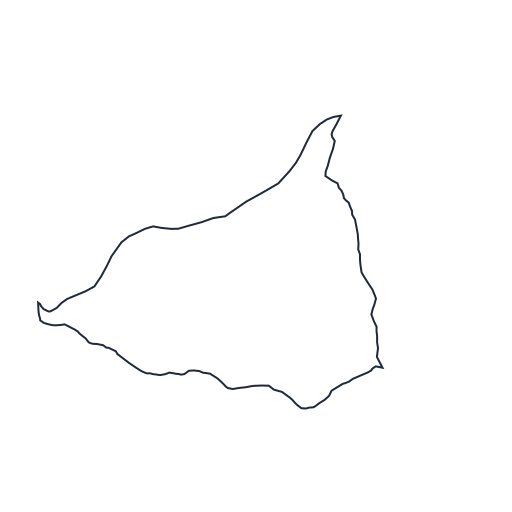 the district of Barzhong, Chirang, Bhutan, rotated 30°
{"feature_id": "84629894B8862847881254", "entity_name": "Barzhong", "entity_type": "district", "adm_level": 2, "iso_a3": "BTN", "parent_name": "Bhutan", "parent_adm1": "Chirang", "projection": "mercator", "projection_center": [90.069, 26.941], "detail": "fine", "context": "isolated", "style": "outline", "palette": "slate", "viewbox_px": 512, "rotation_deg": 30, "n_neighbors": 0, "source": "geoboundaries", "source_scale": "gbopen_adm2", "svg_char_len": 2376}
<svg xmlns="http://www.w3.org/2000/svg" viewBox="0 0 512 512"><g transform="rotate(30 256 256)"><path d="M266.7,117.0L262.6,114.9L260.7,113.0L259.9,109.8L259.8,101.8L259.3,92.0L253.4,97.0L249.0,102.5L246.4,107.8L245.4,109.7L242.4,119.7L242.8,128.7L242.9,131.9L244.0,146.0L244.0,155.2L242.6,165.7L239.0,182.1L229.6,198.4L220.3,213.9L212.0,231.4L209.5,237.0L200.1,244.4L191.8,254.1L183.6,262.4L175.0,271.3L169.0,274.9L159.9,279.0L152.1,281.8L146.3,287.9L140.5,296.5L136.1,302.6L132.6,311.5L131.0,328.4L131.8,339.4L132.1,351.0L131.3,363.1L126.2,371.5L114.0,387.5L111.1,393.8L109.9,398.3L109.5,400.4L105.7,406.7L104.0,407.8L98.7,408.2L95.2,407.0L93.0,405.6L90.6,405.3L93.9,410.5L95.8,413.3L97.6,415.6L100.4,418.3L101.4,419.7L106.0,420.0L111.4,418.6L114.4,417.6L116.7,416.5L121.5,413.3L124.4,410.9L129.6,410.6L132.9,410.5L135.7,410.3L137.6,410.4L139.4,410.5L141.2,411.2L144.3,411.8L147.1,412.2L149.5,412.5L152.2,413.6L154.3,414.4L156.6,414.2L159.1,413.4L162.3,411.7L168.2,409.7L172.3,410.2L174.1,409.2L182.3,408.6L185.0,410.2L199.5,412.1L208.1,412.7L213.5,413.0L216.0,412.8L218.7,412.5L220.7,412.0L222.5,410.7L226.2,409.7L227.9,408.9L232.5,407.1L234.1,405.7L236.5,403.7L239.3,400.3L243.2,398.8L245.9,397.9L248.0,396.8L250.3,396.3L253.0,394.1L255.3,388.9L259.4,386.2L264.4,384.0L268.5,383.6L270.6,382.6L275.1,380.9L284.1,381.3L289.9,382.6L295.4,384.2L297.6,384.4L302.2,382.9L304.7,380.9L307.6,378.5L312.6,374.9L314.6,373.2L317.0,371.1L318.5,369.9L325.9,365.2L330.0,363.0L331.8,361.9L338.2,362.8L342.7,361.7L346.4,360.7L356.6,361.8L359.0,362.3L363.9,363.9L366.5,364.5L371.5,365.1L375.5,363.1L378.0,360.6L381.1,358.5L382.4,356.6L384.4,351.8L387.3,346.4L389.2,340.6L388.8,334.8L395.0,323.4L397.0,321.3L399.3,318.3L401.4,313.8L408.9,303.8L411.2,300.7L413.0,297.5L413.1,295.3L414.9,291.7L421.4,289.5L411.1,282.9L407.7,274.7L405.7,272.3L404.1,270.3L400.8,264.6L397.8,260.6L395.8,257.0L390.8,253.6L385.1,248.9L383.5,243.2L382.8,238.9L381.2,232.9L378.7,230.8L373.5,226.8L366.0,223.1L358.7,219.2L355.6,217.4L353.2,214.4L350.1,210.4L348.0,207.3L345.1,202.4L341.3,199.3L338.7,194.2L335.6,189.8L333.3,186.3L330.0,182.4L323.5,174.9L318.6,172.1L316.6,169.0L312.8,166.2L309.7,163.5L305.9,162.8L303.2,161.9L300.8,159.1L297.4,156.7L293.7,155.5L290.3,152.3L284.1,152.6L276.1,152.0L274.1,147.9L273.1,142.2L270.8,133.8L269.1,124.8L266.7,117.0Z" fill="none" stroke="#1e293b" stroke-width="2"/></g></svg>